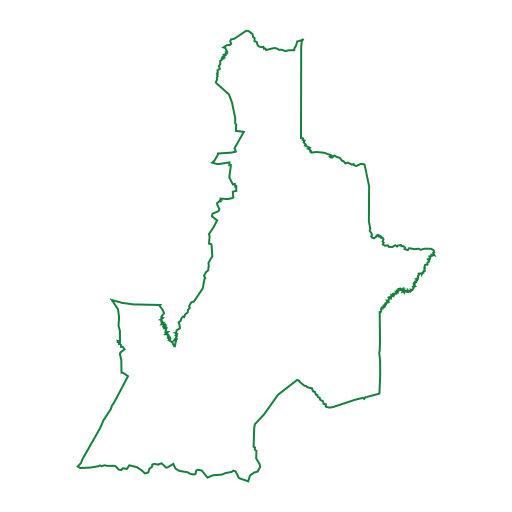 Morogoro, Morogoro, United Republic of Tanzania (orthographic projection)
{"feature_id": "72390352B24110633153516", "entity_name": "Morogoro", "entity_type": "district", "adm_level": 2, "iso_a3": "TZA", "parent_name": "United Republic of Tanzania", "parent_adm1": "Morogoro", "projection": "orthographic", "projection_center": [37.947, -7.052], "detail": "fine", "context": "isolated", "style": "outline", "palette": "green", "viewbox_px": 512, "rotation_deg": 0, "n_neighbors": 0, "source": "geoboundaries", "source_scale": "gbopen_adm2", "svg_char_len": 6057}
<svg xmlns="http://www.w3.org/2000/svg" viewBox="0 0 512 512"><path d="M248.2,481.3L250.0,475.4L254.1,472.6L257.7,471.5L260.1,467.0L259.6,464.1L256.2,458.5L256.4,450.9L254.7,449.5L255.0,447.5L253.6,446.8L254.2,428.0L254.9,424.2L263.9,414.6L278.0,394.8L297.0,380.0L299.1,380.6L299.4,381.7L304.4,385.7L306.0,386.0L307.3,387.3L311.9,388.3L313.2,391.5L314.8,391.7L315.9,394.6L317.4,395.1L317.7,396.8L319.7,397.8L320.0,399.6L323.0,401.4L323.6,403.9L325.9,404.3L325.7,406.6L329.2,407.6L332.9,407.1L354.6,399.9L363.1,397.8L364.2,398.9L365.3,397.4L379.4,393.6L380.2,375.2L380.1,361.2L379.2,352.2L379.7,351.0L380.0,341.4L379.7,312.1L380.6,312.2L381.2,311.0L381.2,308.5L382.5,308.5L382.2,307.4L384.1,307.1L383.7,305.9L384.8,306.0L384.6,304.7L385.9,304.5L385.4,303.4L387.6,302.6L387.1,301.3L388.0,301.5L387.4,300.7L388.5,300.9L388.6,299.4L390.1,298.5L388.8,297.4L389.8,297.0L391.0,298.0L391.2,296.5L391.8,296.3L391.4,295.2L392.6,295.7L392.1,294.8L393.1,293.7L394.2,294.9L395.2,293.5L396.1,293.6L395.8,292.4L397.0,292.5L396.3,291.6L397.7,291.6L397.2,290.6L398.4,290.7L398.4,289.4L399.8,289.7L399.0,288.9L400.2,288.6L400.7,289.7L402.6,288.8L401.9,290.3L402.6,290.7L403.4,290.2L402.6,291.7L403.5,291.4L404.2,292.5L404.7,290.7L406.3,290.8L406.4,291.7L407.8,292.0L407.8,290.4L408.7,291.5L409.8,290.8L410.4,291.6L411.4,290.5L411.0,289.7L412.3,290.0L413.6,287.9L413.0,286.9L415.2,286.3L414.2,285.2L414.5,284.6L413.9,284.5L414.5,283.6L413.8,283.1L414.7,282.0L415.9,282.1L415.7,281.3L416.6,281.3L417.1,280.0L416.2,279.2L417.6,279.0L417.2,277.4L417.8,278.4L418.1,278.0L417.9,276.1L419.1,274.6L418.7,273.7L421.8,273.3L421.9,274.1L422.7,272.5L423.4,272.7L423.8,270.9L424.8,270.8L424.3,268.2L424.9,267.9L424.5,266.7L425.1,264.9L426.9,264.5L427.9,265.2L427.3,264.0L427.6,262.4L428.5,262.2L429.2,260.9L427.9,259.2L429.1,258.5L429.7,259.2L430.3,258.0L429.5,256.4L431.6,256.0L431.5,254.8L432.6,255.4L433.4,255.3L433.4,254.4L434.1,254.8L433.1,252.9L434.3,252.0L433.5,250.2L431.1,248.8L424.5,248.7L420.5,249.8L418.8,248.7L414.7,249.2L409.1,248.2L407.8,250.1L404.6,249.1L405.0,247.7L403.6,246.2L401.4,246.2L400.9,245.0L397.6,245.7L397.0,246.5L395.3,245.3L392.3,247.0L388.7,246.8L387.9,245.4L384.9,245.7L382.8,244.4L383.7,242.5L382.6,241.5L383.5,239.3L382.9,238.2L380.9,237.6L381.3,236.7L379.8,235.8L379.4,236.6L378.7,236.5L378.0,234.9L376.5,235.5L376.4,236.5L374.0,238.3L372.1,237.6L371.2,236.4L371.9,235.6L371.6,233.5L369.7,230.8L370.3,228.9L368.9,221.5L369.1,186.3L364.6,164.7L362.7,163.9L360.6,164.0L356.5,165.9L355.3,165.8L353.7,164.9L353.6,164.1L351.8,164.6L347.7,162.6L345.4,163.4L343.5,161.2L342.0,160.8L339.9,157.9L336.2,156.8L335.1,155.7L334.0,155.7L332.3,157.6L330.7,157.5L330.0,156.8L331.9,156.4L331.7,155.5L324.0,152.7L316.3,152.0L311.7,152.6L310.5,152.0L310.2,151.1L310.8,150.8L309.8,149.5L308.1,148.8L309.7,147.8L304.9,145.5L305.6,144.4L303.7,142.4L304.6,140.6L302.7,139.8L303.0,138.4L301.0,138.1L301.2,46.1L301.9,40.8L303.5,39.0L301.3,40.4L297.3,41.4L295.8,46.1L294.4,48.1L294.3,50.2L288.6,50.3L285.4,51.1L281.7,49.7L279.0,49.9L277.3,48.6L274.2,48.0L266.2,50.0L265.4,48.6L264.1,48.9L263.4,46.8L261.3,47.2L258.8,46.4L257.5,45.0L256.8,42.1L254.5,41.2L254.6,38.1L253.0,36.8L252.6,34.1L248.4,31.0L246.3,30.7L234.4,38.7L231.1,39.4L230.2,41.3L231.2,43.8L229.8,44.9L226.9,45.2L223.5,47.4L225.2,47.9L227.2,51.8L225.9,52.2L226.8,53.6L224.1,54.6L225.2,55.4L223.2,56.4L224.1,57.4L222.3,57.4L221.9,58.0L222.7,58.7L221.7,58.8L221.7,59.9L220.2,60.8L220.3,64.0L218.9,66.1L219.9,68.8L217.5,70.3L217.8,72.4L217.0,73.4L217.7,74.1L217.1,75.3L217.7,76.3L216.8,77.8L217.2,79.2L215.9,82.1L216.4,83.3L228.9,94.3L232.0,102.6L235.2,117.9L235.2,123.2L236.2,124.6L235.9,130.8L243.8,131.9L234.6,148.2L235.8,151.6L231.6,152.6L218.0,153.5L218.0,154.5L214.4,160.7L212.2,162.6L217.7,164.2L229.5,162.4L229.3,165.2L230.9,165.2L229.3,177.4L232.9,184.5L234.8,183.9L235.2,186.5L236.2,186.1L236.3,190.9L232.8,191.7L233.3,197.5L232.4,198.1L227.5,199.1L220.8,198.6L221.1,199.5L220.5,199.3L219.8,200.6L220.4,201.3L218.8,201.7L217.1,203.1L217.2,204.6L219.4,209.1L219.0,210.3L217.8,211.5L212.5,213.7L211.9,216.3L217.1,220.4L213.6,227.2L208.9,234.2L209.6,236.0L209.0,243.6L211.2,244.1L211.6,245.4L212.3,256.3L208.5,262.9L208.8,265.8L208.1,270.4L205.9,272.3L204.0,275.8L205.2,278.1L204.5,279.0L202.7,288.4L194.0,301.5L191.5,302.2L190.1,304.3L189.1,306.3L189.8,307.9L188.1,309.7L187.6,312.5L185.2,314.3L184.2,317.0L183.1,316.5L181.3,318.6L180.6,320.9L178.6,322.3L179.6,325.1L179.8,328.4L176.6,330.3L176.3,332.8L175.3,333.0L177.1,334.0L175.7,335.4L176.9,336.1L175.9,337.9L176.8,338.8L176.5,339.4L174.7,339.4L174.2,340.3L176.0,341.0L174.8,346.3L174.1,346.1L172.5,342.8L172.6,341.7L171.9,342.0L168.9,340.2L170.4,338.7L170.0,337.6L168.4,338.3L167.9,337.9L168.0,336.3L168.9,336.2L168.4,334.7L165.4,334.3L167.9,332.0L165.4,332.1L166.6,327.6L165.2,326.8L165.8,328.2L164.1,328.5L163.2,326.5L164.4,325.7L165.5,326.1L165.8,325.3L165.0,325.0L164.9,324.2L161.8,324.4L163.4,322.7L161.6,322.6L162.1,321.3L161.3,321.0L161.5,320.2L160.3,319.7L162.9,317.9L161.4,317.3L161.4,316.5L164.0,313.2L162.5,309.6L159.8,306.1L160.4,305.0L133.3,304.4L121.8,302.8L111.8,300.0L118.0,309.2L119.1,317.3L118.5,325.8L119.9,330.8L120.0,341.5L117.6,340.8L117.7,342.1L119.1,342.4L119.0,343.9L120.0,343.8L120.9,345.0L120.9,346.8L122.9,346.9L124.5,349.4L120.5,352.4L119.9,353.8L121.3,360.3L121.5,372.7L122.8,372.7L128.0,376.2L113.9,402.9L112.0,405.5L110.8,409.1L103.4,420.4L100.4,427.6L82.4,459.3L81.0,463.0L77.7,466.6L80.3,468.0L90.0,467.6L98.2,466.3L99.8,465.5L101.4,466.2L104.5,465.3L107.3,465.9L113.9,465.8L115.7,466.3L118.7,469.6L121.2,470.1L123.0,468.2L126.8,469.0L129.3,465.3L136.7,467.1L142.0,470.6L144.8,473.3L145.7,473.3L148.3,472.4L149.5,468.7L152.2,466.6L152.3,464.6L154.2,463.8L157.9,464.6L157.8,463.6L157.9,464.1L159.1,464.2L161.5,463.3L166.0,467.5L167.4,467.5L173.3,463.9L175.6,468.7L179.0,470.8L187.7,472.3L190.3,473.9L193.9,474.5L195.5,474.0L196.1,470.8L197.5,469.8L201.7,470.5L207.5,477.6L212.8,475.3L221.8,474.6L225.4,473.1L231.6,471.9L233.3,470.6L235.6,471.4L238.9,478.1L248.2,481.3Z" fill="none" stroke="#15803d" stroke-width="2"/></svg>